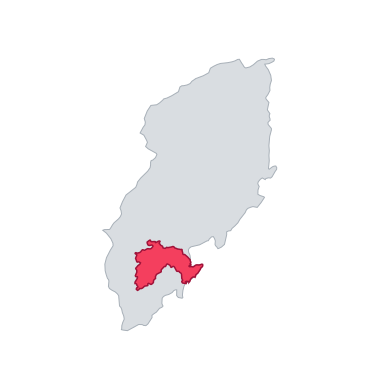 where Olomoucký sits in Czechia, rotated 111°
{"feature_id": "CZE-10372", "entity_name": "Olomoucký", "entity_type": "Region", "adm_level": 1, "iso_a3": "CZE", "parent_name": "Czechia", "parent_adm1": "", "projection": "robinson", "projection_center": [17.195, 49.847], "detail": "fine", "context": "in_parent", "style": "filled", "palette": "rose", "viewbox_px": 384, "rotation_deg": 111, "n_neighbors": 0, "source": "natural_earth", "source_scale": "10m", "svg_char_len": 7077}
<svg xmlns="http://www.w3.org/2000/svg" viewBox="0 0 384 384"><g transform="rotate(111 192 192)"><path d="M345.8,208.6L344.6,208.7L342.0,209.6L338.6,209.9L335.0,209.7L332.2,211.3L329.5,213.8L326.7,215.6L325.2,217.1L324.4,218.8L315.1,223.3L313.8,225.2L312.8,227.8L312.4,231.4L311.7,234.5L310.1,236.2L305.1,237.6L303.8,238.4L302.9,240.0L300.0,242.4L296.7,244.8L290.6,247.5L284.0,248.3L275.5,247.4L270.5,246.4L268.1,247.5L264.7,251.0L261.1,257.1L259.7,261.6L258.5,260.3L256.5,255.5L254.1,254.9L251.0,254.4L248.6,253.7L243.5,251.0L240.8,250.1L237.8,249.9L234.9,251.5L232.7,253.5L225.9,253.4L218.4,252.5L207.8,246.2L205.0,246.1L202.1,246.4L197.4,244.9L188.4,240.8L184.2,239.8L181.5,240.4L179.1,241.3L177.3,241.4L176.3,240.1L173.0,238.4L169.6,238.2L168.7,239.2L167.4,248.3L166.2,251.6L161.6,251.4L159.9,253.0L156.2,257.3L155.5,261.6L149.1,260.8L146.2,260.0L143.5,260.6L140.5,262.9L132.4,262.8L125.9,261.4L123.2,256.2L120.3,254.1L116.6,252.2L115.3,251.8L113.2,249.0L109.4,245.4L103.2,240.6L98.3,240.9L96.5,239.6L95.7,237.8L93.7,234.8L91.4,232.6L88.7,231.8L84.7,229.1L79.5,223.2L74.7,219.1L69.9,219.2L67.0,217.0L64.0,214.2L61.8,211.5L58.4,204.9L56.0,201.1L54.1,198.8L51.9,196.9L51.1,195.3L53.9,191.8L55.0,190.1L56.2,188.7L56.9,187.3L56.9,186.2L54.5,182.8L51.2,180.3L46.4,177.8L43.3,174.6L42.3,171.8L42.0,170.2L39.9,168.0L38.2,164.9L38.3,163.0L38.7,162.5L40.4,162.5L42.1,163.8L44.6,166.2L46.6,169.9L48.0,168.5L50.5,164.6L54.9,160.3L59.4,157.8L63.3,157.6L66.5,156.9L69.3,155.6L73.9,156.1L77.3,157.0L78.4,156.5L79.8,154.2L80.8,152.3L88.3,151.1L91.0,147.3L92.4,147.4L94.1,146.8L95.7,145.4L97.2,144.8L98.4,145.5L100.0,146.0L101.7,145.1L104.2,140.7L105.6,140.1L112.2,139.4L121.2,136.8L125.8,134.6L130.2,133.3L135.1,131.1L142.7,129.0L143.1,128.1L139.6,125.9L138.4,124.6L137.7,123.1L138.9,121.6L140.6,121.1L142.7,121.7L149.1,122.7L150.8,123.6L151.4,125.8L153.0,127.9L154.2,128.1L153.7,131.5L155.7,132.8L158.7,133.8L160.6,133.6L162.1,132.2L162.6,131.3L166.5,131.1L170.5,129.7L170.9,127.4L170.7,123.1L171.1,122.4L177.1,123.7L183.0,125.6L183.8,129.9L185.4,132.0L187.3,134.0L189.1,134.8L192.3,135.0L200.4,137.5L204.3,138.1L208.3,139.8L211.7,141.6L214.2,142.0L215.3,144.0L216.8,145.4L219.5,144.3L229.3,142.9L232.9,144.8L235.2,146.9L235.6,147.5L234.3,149.3L233.7,150.8L232.7,151.7L229.3,152.7L227.4,154.3L226.0,156.1L226.9,157.7L229.7,159.0L231.6,159.3L232.3,160.5L238.6,166.0L243.5,173.2L245.4,174.4L247.3,174.6L249.4,173.6L251.8,171.2L254.7,169.6L257.1,168.7L261.4,166.7L261.6,165.4L258.0,160.5L256.0,156.6L256.5,155.9L261.0,156.5L268.8,158.6L280.8,165.7L283.0,165.7L287.2,165.2L291.7,164.0L293.9,162.7L294.7,163.2L295.4,167.0L294.2,169.2L288.8,171.2L289.1,172.2L290.5,173.6L293.0,174.5L296.0,177.0L298.0,179.8L299.8,181.2L301.8,181.8L306.8,180.2L308.2,179.0L308.8,178.2L309.8,178.4L311.5,179.8L312.1,180.6L316.9,182.2L319.7,184.2L321.5,185.2L323.5,184.3L331.1,185.9L333.3,187.2L333.9,189.4L333.6,190.8L334.8,194.3L344.6,202.6L345.6,206.9L345.8,208.6Z" fill="#d9dde1" stroke="#a8b0b8" stroke-width="1"/><path d="M259.4,156.3L260.0,156.6L261.1,156.5L265.8,157.5L266.3,157.8L267.3,158.5L267.9,158.7L268.5,158.7L269.9,158.5L270.5,158.6L270.4,158.8L270.5,159.4L270.8,160.2L271.1,160.6L271.5,161.0L273.1,161.8L274.2,162.1L276.3,162.0L277.3,162.4L276.4,162.6L276.6,162.9L276.7,163.0L276.9,163.2L277.1,163.4L277.1,164.1L277.2,164.8L277.5,165.4L278.1,165.8L278.6,164.7L279.6,164.7L280.3,168.0L280.3,168.3L280.1,168.6L279.9,168.9L279.7,169.1L279.4,169.4L279.1,169.5L278.8,169.5L278.1,169.1L277.8,169.1L277.6,169.2L277.4,169.4L276.3,170.6L272.6,172.3L272.0,172.8L271.8,173.2L271.6,173.6L271.5,174.4L271.4,174.7L271.0,175.3L270.9,175.5L270.8,175.8L271.4,177.5L271.3,178.0L271.2,178.2L268.5,181.3L268.3,181.6L268.2,181.9L268.1,182.3L268.1,182.6L268.2,182.9L268.4,183.2L269.7,184.2L269.8,184.4L269.8,184.6L269.7,184.8L268.4,186.2L268.3,186.5L268.2,186.8L268.0,188.9L268.0,189.2L268.1,189.4L268.3,189.6L268.9,189.8L270.9,190.0L271.1,190.1L271.2,190.3L271.3,190.9L271.4,191.0L271.6,191.2L275.5,192.8L275.9,192.8L277.1,192.3L277.5,192.2L277.8,192.3L281.3,195.4L282.0,195.7L284.3,195.8L285.4,195.2L285.6,195.1L285.9,195.1L287.5,196.0L288.7,196.1L290.4,195.6L291.7,196.1L292.8,196.9L293.0,197.2L293.0,197.4L292.8,199.3L292.8,199.7L293.0,200.0L293.5,200.3L293.8,200.3L294.7,199.8L294.9,199.8L295.2,199.8L295.4,200.0L296.8,202.4L297.2,202.7L298.6,203.3L299.8,204.1L300.3,204.7L300.5,205.0L300.7,205.6L300.8,206.3L302.1,206.6L302.7,207.0L303.4,207.7L302.7,209.2L302.0,209.3L301.4,209.3L301.2,209.2L300.8,208.7L300.5,208.6L300.3,208.5L300.0,208.5L299.8,208.6L299.6,208.8L299.4,209.0L299.1,209.7L298.9,210.0L298.2,210.4L298.0,210.5L297.9,210.7L297.8,211.0L297.7,211.2L297.7,211.8L297.9,212.4L296.6,212.9L292.6,212.2L291.9,212.2L291.4,212.3L290.9,212.4L290.7,212.6L290.7,213.0L291.0,213.5L291.1,213.9L291.1,214.2L291.0,214.4L290.8,214.6L290.6,214.8L290.4,214.9L290.0,214.9L286.8,214.8L286.4,214.9L285.6,215.2L285.0,215.5L284.8,215.6L284.6,215.8L284.4,216.1L284.2,216.5L283.9,216.9L283.7,217.1L283.4,217.1L282.9,217.1L280.9,216.3L280.5,216.3L279.6,215.8L278.4,215.0L277.7,214.8L276.6,214.7L276.4,215.6L276.3,216.6L276.7,217.6L277.1,218.0L276.7,218.7L276.5,218.9L275.0,220.1L274.7,220.4L274.5,220.7L274.3,220.8L274.1,220.9L273.8,220.9L270.8,220.9L270.5,221.0L270.3,221.2L270.2,221.5L270.0,222.6L269.9,222.9L269.7,223.1L269.4,223.1L269.2,223.1L268.9,222.9L268.7,222.6L268.7,222.4L268.7,222.1L268.8,221.8L268.7,221.3L268.1,220.3L267.3,219.2L266.3,218.5L264.6,218.0L263.9,217.7L263.6,217.4L263.5,217.1L263.5,215.9L263.5,215.7L263.4,215.4L263.2,215.2L261.1,213.5L260.9,213.2L260.7,212.9L260.4,211.5L260.0,210.6L259.4,209.9L259.1,209.7L257.3,209.1L256.9,209.0L256.5,209.1L256.2,209.3L256.0,209.7L255.9,210.4L256.0,210.6L256.0,210.8L256.9,212.0L257.2,212.6L257.3,213.0L257.3,213.4L257.3,213.8L257.2,214.1L256.6,214.8L255.9,215.4L255.5,215.7L255.1,215.8L254.7,215.9L252.2,214.3L252.0,214.0L251.9,213.7L252.1,213.4L252.4,213.2L252.7,212.9L252.8,212.6L252.9,212.3L252.9,212.0L252.8,211.7L251.7,209.3L251.6,208.9L251.5,208.6L251.6,208.3L252.2,208.1L252.3,208.0L252.3,207.8L252.2,207.6L250.2,206.0L249.6,205.2L249.4,204.8L249.4,204.4L249.5,204.2L249.8,204.1L251.3,204.4L251.6,204.3L251.8,204.1L252.0,203.7L252.2,203.0L252.7,202.6L253.0,201.7L253.1,200.5L253.2,200.1L254.6,198.9L254.3,196.9L253.8,196.4L253.1,196.1L252.8,195.9L252.7,195.6L252.6,194.6L250.7,191.5L249.9,190.6L249.7,190.1L249.6,189.7L249.7,189.2L250.4,187.9L250.3,186.5L250.4,184.9L250.3,184.6L250.0,183.5L249.8,182.2L249.7,181.9L249.6,181.6L249.3,181.2L249.3,180.9L249.4,180.6L250.2,180.2L250.4,180.2L250.7,180.0L251.6,179.2L253.0,178.4L253.2,178.2L253.3,178.0L253.4,177.8L253.4,177.4L253.3,177.2L253.0,176.6L253.1,176.0L254.2,172.9L256.0,169.4L256.5,169.3L256.9,169.0L257.7,168.1L258.2,167.8L258.6,167.8L259.5,168.1L259.9,168.0L260.0,167.8L260.0,167.1L260.8,167.0L261.0,167.1L261.3,167.5L261.7,168.1L262.3,168.2L262.6,167.7L262.5,167.0L261.9,166.4L261.8,165.0L261.4,164.0L260.5,163.2L259.4,162.7L258.6,162.0L258.1,160.9L257.8,159.7L257.3,158.7L255.8,156.9L255.8,156.1L257.1,155.5L258.1,155.6L259.4,156.3Z" fill="#f43f5e" stroke="#9f1239" stroke-width="1.5"/></g></svg>